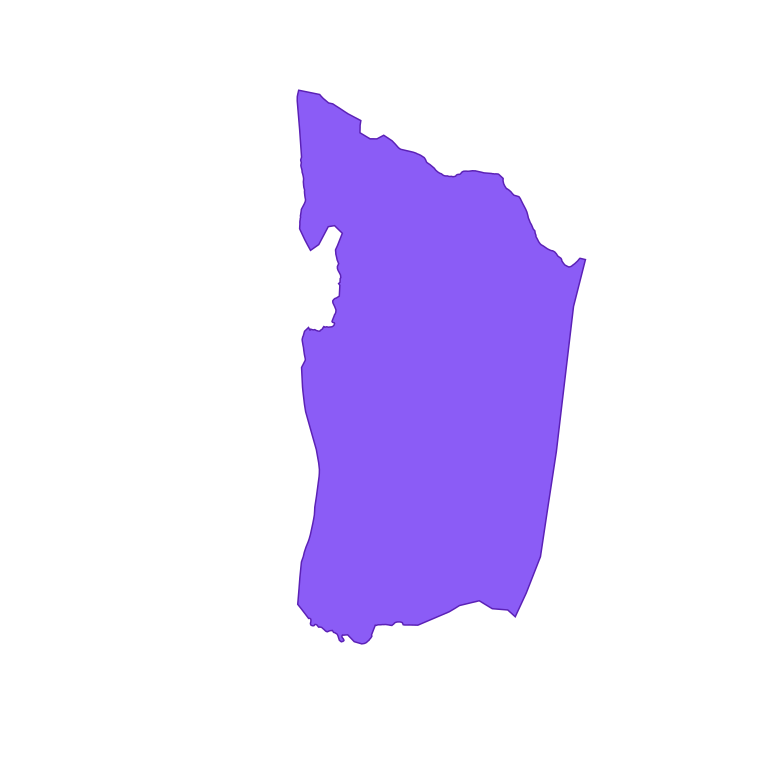 outline of Effutu Municipal, Central, Ghana, rotated 307°
{"feature_id": "2480657B83789922051105", "entity_name": "Effutu Municipal", "entity_type": "district", "adm_level": 2, "iso_a3": "GHA", "parent_name": "Ghana", "parent_adm1": "Central", "projection": "robinson", "projection_center": [-0.61, 5.385], "detail": "fine", "context": "isolated", "style": "filled", "palette": "violet", "viewbox_px": 768, "rotation_deg": 307, "n_neighbors": 0, "source": "geoboundaries", "source_scale": "gbopen_adm2", "svg_char_len": 6171}
<svg xmlns="http://www.w3.org/2000/svg" viewBox="0 0 768 768"><g transform="rotate(307 384 384)"><path d="M583.1,244.1L582.5,234.1L575.5,230.8L571.4,225.3L570.2,213.6L574.8,210.3L576.1,209.3L580.4,207.0L578.2,193.1L578.1,192.6L577.8,187.9L577.5,182.7L577.1,177.6L576.9,174.5L575.1,170.6L575.5,163.6L576.0,160.6L576.5,158.4L567.3,139.1L566.7,139.3L565.0,140.1L564.0,140.5L561.3,141.8L559.8,142.9L557.9,144.3L536.2,163.7L515.6,181.6L514.5,182.0L513.0,182.5L512.5,182.9L511.5,184.1L511.1,184.7L508.6,186.0L507.7,186.9L506.6,188.3L506.2,188.9L505.2,190.0L503.7,191.3L503.0,192.4L501.6,194.1L500.8,195.0L499.5,196.3L498.1,197.2L496.9,197.9L495.8,198.9L494.2,200.3L492.7,201.8L491.5,203.4L490.8,204.1L489.9,204.6L488.6,205.7L487.0,207.2L485.4,208.8L484.2,210.2L483.1,210.9L482.7,211.2L479.9,211.9L474.4,212.8L473.7,212.9L472.4,213.7L469.1,215.5L468.2,215.9L466.7,217.2L465.6,217.6L464.6,218.3L463.7,218.7L462.6,219.4L461.1,220.6L459.4,221.7L457.2,223.2L456.7,224.1L451.5,234.0L449.1,239.1L446.5,244.9L456.1,248.0L476.1,244.8L480.7,249.2L479.3,260.0L466.7,263.5L466.3,263.6L464.9,263.9L462.1,264.5L461.4,265.0L459.8,266.5L458.8,267.3L457.8,268.5L456.9,269.6L455.6,271.1L454.9,271.9L454.1,273.3L453.2,274.7L452.8,275.4L452.2,275.5L450.4,275.9L449.5,276.2L449.1,276.6L448.3,277.2L447.3,278.6L446.5,280.2L446.0,281.4L445.6,282.1L445.0,283.5L444.1,284.4L442.9,285.5L441.9,285.5L438.7,287.7L436.9,287.3L436.3,289.3L434.1,290.8L427.3,295.4L424.0,294.2L422.9,293.4L421.3,293.0L419.7,293.0L419.2,293.3L418.5,293.9L417.8,294.8L416.2,297.9L414.8,300.2L414.3,301.0L413.6,301.5L412.3,302.3L411.4,302.6L410.9,302.7L410.5,302.8L410.0,302.8L409.6,302.8L409.2,302.9L408.4,303.2L404.0,304.4L402.7,304.8L402.3,305.7L402.9,307.4L402.6,308.1L401.1,308.6L400.7,308.7L399.9,308.6L398.5,308.1L397.0,306.6L396.6,306.1L396.0,305.6L395.2,303.8L393.7,302.5L393.8,302.0L393.7,301.4L392.5,301.4L392.2,301.4L391.0,301.7L388.5,300.9L387.5,300.9L386.7,299.7L385.9,297.3L385.8,296.0L385.3,295.6L384.7,295.0L384.1,293.7L383.7,292.5L382.9,292.7L382.5,292.3L383.7,289.7L378.3,288.8L373.7,290.6L372.5,290.8L372.0,291.1L370.5,291.7L369.5,292.5L367.9,294.2L366.2,296.0L364.7,297.7L362.8,299.5L359.6,302.7L358.3,304.2L356.9,305.8L355.7,306.8L347.6,308.2L332.6,320.7L329.0,324.0L319.8,332.8L314.7,338.1L302.5,354.1L290.9,369.4L281.6,379.4L279.9,381.0L276.8,383.9L273.9,386.0L271.3,387.7L253.2,397.9L243.9,402.9L241.0,404.9L237.5,407.2L233.6,409.2L229.5,411.2L219.3,415.9L215.2,417.5L212.0,418.5L207.0,419.8L201.7,421.6L197.4,423.5L194.8,424.3L192.1,425.2L178.8,433.3L169.1,439.5L156.1,447.7L154.6,453.5L151.4,464.9L151.9,465.3L152.1,465.7L152.2,466.1L152.2,466.8L152.0,467.2L151.0,468.1L150.5,468.4L149.8,468.8L149.2,469.0L148.7,469.2L148.2,469.6L147.8,470.1L147.5,470.6L147.6,471.4L147.8,472.2L148.4,473.1L149.1,473.6L150.1,473.4L150.8,474.1L151.1,474.8L151.2,475.2L151.0,476.1L150.7,477.2L150.5,477.9L150.6,478.4L151.0,478.6L151.4,479.2L151.9,480.2L152.1,480.8L152.0,481.6L151.9,482.6L151.9,483.2L151.7,484.9L151.6,485.8L151.6,486.5L151.9,487.7L152.2,488.0L152.6,488.2L153.2,488.6L153.7,488.8L154.3,489.2L154.7,489.5L155.2,490.3L155.6,490.6L156.0,490.8L156.0,491.2L155.8,492.0L155.5,492.6L155.3,493.2L155.4,493.6L155.7,494.1L155.8,494.8L155.8,495.1L155.9,495.9L156.0,496.4L155.9,497.4L155.7,497.8L155.0,499.0L154.8,499.3L154.3,500.0L154.0,500.4L153.5,501.1L153.3,501.4L153.1,501.7L152.5,502.5L152.4,504.1L152.4,505.0L152.6,505.3L153.3,505.7L153.7,506.1L154.2,506.2L154.9,506.4L155.3,506.2L156.0,504.9L156.1,504.5L156.3,503.5L156.6,502.9L156.7,502.6L157.1,502.3L157.7,502.0L158.5,501.9L159.0,502.7L159.3,503.2L159.9,503.7L160.2,504.1L160.5,504.4L161.0,505.0L161.4,505.4L161.8,505.9L160.3,515.3L163.1,522.7L163.6,523.1L163.9,523.5L164.4,523.9L165.0,524.5L165.5,524.8L166.1,525.1L166.6,525.4L167.3,525.6L167.8,525.7L168.5,525.8L168.9,525.9L169.5,526.0L170.4,526.3L171.0,526.1L171.8,526.2L172.5,526.3L173.1,526.3L173.9,526.2L174.5,526.2L175.0,526.2L175.5,525.9L175.7,525.5L176.2,525.0L186.1,522.2L186.3,522.8L186.6,523.1L187.0,523.4L187.4,523.6L187.9,524.0L188.3,524.4L188.8,525.0L189.1,525.5L189.4,525.9L190.0,526.5L190.4,527.0L191.1,527.7L191.4,528.1L191.6,528.5L192.4,529.4L192.7,529.7L193.3,530.7L193.7,531.4L194.0,532.0L194.3,532.5L194.5,532.9L195.1,534.2L195.4,534.7L195.9,535.6L196.9,535.8L197.5,536.0L197.9,536.2L198.8,536.2L199.5,536.3L200.5,536.7L201.1,537.1L201.8,537.7L202.2,538.1L202.8,538.9L203.7,540.1L203.9,540.6L204.1,541.0L204.4,542.3L203.3,544.2L203.7,545.0L204.1,545.7L207.2,549.8L211.8,556.2L241.4,573.2L247.5,575.7L252.5,577.6L268.2,590.5L269.7,605.7L278.0,618.8L277.1,628.9L302.7,623.4L340.2,612.9L382.6,589.9L433.8,562.3L468.9,541.8L560.0,488.7L604.6,470.0L602.5,465.2L602.2,464.8L601.2,464.7L598.8,464.6L597.1,464.3L594.8,463.9L592.5,463.2L590.7,462.8L588.7,461.3L588.3,459.4L587.9,456.9L588.2,455.5L588.6,454.1L589.3,452.1L590.4,450.8L590.9,449.6L590.8,447.2L590.8,445.7L591.3,444.4L591.8,443.1L591.9,442.3L592.2,441.1L592.1,439.8L591.9,438.6L591.2,437.3L590.8,435.8L590.3,433.1L590.1,428.1L589.8,425.7L590.0,424.1L590.7,421.9L591.8,419.7L592.1,419.1L593.2,416.6L594.2,415.9L595.4,414.0L597.1,412.3L597.6,409.9L598.9,407.7L600.0,405.8L600.9,403.6L602.2,401.6L603.4,399.5L605.2,397.4L607.3,394.7L608.8,392.1L609.9,389.8L611.5,386.4L613.1,383.2L614.1,381.3L614.4,380.4L614.8,379.0L614.3,377.6L613.8,376.3L613.0,374.3L613.3,372.0L613.9,369.7L614.1,367.3L614.0,364.9L613.7,364.4L614.7,361.5L616.0,359.0L617.9,356.8L619.9,355.4L620.5,349.4L620.4,348.8L619.1,346.8L618.3,345.9L617.5,344.4L617.2,344.1L616.8,343.1L612.8,336.8L611.9,334.6L610.8,332.2L609.1,328.5L608.5,327.8L607.7,326.5L605.0,323.7L604.0,322.4L603.4,321.4L601.9,319.6L600.9,319.0L600.1,318.7L598.0,318.6L597.1,318.3L596.7,318.0L596.1,317.1L595.2,316.4L594.4,316.1L593.0,316.1L591.8,315.1L591.0,314.3L590.5,313.0L589.3,311.6L588.7,310.6L588.5,309.7L587.8,308.7L587.4,308.3L586.7,306.9L586.4,305.9L586.4,303.4L586.2,302.5L585.9,302.0L585.7,299.2L585.9,296.6L586.6,294.3L586.9,288.7L586.7,285.5L586.8,284.5L588.3,281.9L589.0,279.9L588.7,275.4L588.4,274.4L588.4,273.9L587.8,272.0L587.7,271.0L587.3,269.6L586.7,267.8L581.5,256.1L581.4,254.8L581.4,253.3L582.4,248.5L583.1,244.1Z" fill="#8b5cf6" stroke="#5b21b6" stroke-width="1.5"/></g></svg>